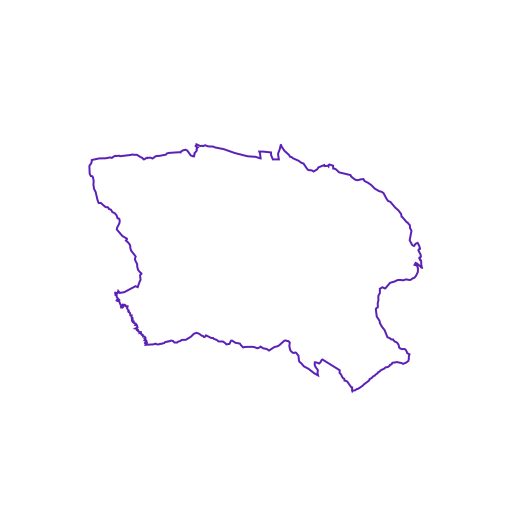 Guasca, Cundinamarca, Colombia (Natural Earth projection), rotated 323°
{"feature_id": "7082276B88398605204412", "entity_name": "Guasca", "entity_type": "district", "adm_level": 2, "iso_a3": "COL", "parent_name": "Colombia", "parent_adm1": "Cundinamarca", "projection": "natural_earth1", "projection_center": [-73.867, 4.802], "detail": "fine", "context": "isolated", "style": "outline", "palette": "violet", "viewbox_px": 512, "rotation_deg": 323, "n_neighbors": 0, "source": "geoboundaries", "source_scale": "gbopen_adm2", "svg_char_len": 6147}
<svg xmlns="http://www.w3.org/2000/svg" viewBox="0 0 512 512"><g transform="rotate(323 256 256)"><path d="M365.2,224.4L359.1,222.8L357.1,223.6L352.9,223.2L352.0,221.1L349.8,219.1L349.3,218.2L349.3,215.9L349.6,210.7L348.4,209.1L347.3,205.5L344.4,200.3L343.9,198.4L342.9,197.1L343.2,195.4L342.0,189.0L342.3,184.0L342.8,182.4L342.5,182.3L339.1,185.1L335.4,187.4L334.5,188.6L332.4,192.6L327.6,189.0L328.7,184.7L330.3,182.3L324.6,177.0L321.5,174.6L320.8,176.8L318.4,180.8L318.2,180.6L315.3,176.5L309.3,171.3L301.1,161.1L294.5,151.2L288.6,144.6L287.7,142.9L283.6,139.5L282.1,137.0L279.7,136.3L279.5,135.7L277.7,134.7L275.8,131.2L275.5,131.7L274.4,131.5L273.9,132.1L274.4,132.8L274.2,133.5L274.7,134.3L273.7,134.4L272.8,134.9L272.6,135.7L271.8,136.3L268.7,136.9L267.9,138.1L267.0,138.2L266.5,139.1L265.6,138.4L264.4,136.3L264.6,130.7L263.8,128.8L261.3,127.7L259.2,127.5L258.1,127.9L257.7,127.3L248.4,121.2L246.5,120.5L245.0,120.8L239.3,118.0L236.2,116.0L232.1,115.9L230.7,113.7L229.0,112.8L228.4,112.1L227.9,112.3L227.1,111.7L225.1,111.6L224.4,111.2L224.3,109.4L223.0,106.7L221.8,103.5L219.3,101.6L218.5,100.6L216.9,100.0L207.5,94.5L207.0,93.5L204.4,92.0L204.3,91.6L202.7,91.0L199.9,90.9L198.7,89.4L194.6,87.4L189.5,83.7L182.6,80.5L181.5,81.8L180.0,82.9L177.7,83.5L176.9,84.1L172.7,90.2L172.2,92.8L173.3,93.9L173.0,95.4L171.3,98.7L169.2,101.0L167.1,104.8L166.4,108.5L163.2,115.7L162.3,118.5L162.4,119.2L164.0,120.2L165.2,126.1L165.8,127.0L166.9,127.7L167.1,129.2L166.8,129.9L168.0,131.7L167.7,134.5L168.9,136.7L169.1,138.7L169.0,140.1L168.1,142.6L168.9,143.3L169.1,144.3L168.1,146.2L166.5,147.7L161.9,149.9L160.8,151.0L161.3,159.6L163.3,164.4L162.9,165.0L161.4,165.4L162.0,168.1L162.0,171.0L161.5,172.5L160.5,173.8L159.5,176.5L159.6,184.0L157.6,185.4L156.9,186.9L156.2,190.9L154.7,193.1L153.5,196.0L153.5,198.5L154.0,201.0L153.5,201.4L152.5,201.3L151.8,201.7L149.4,205.6L147.5,206.5L142.8,209.7L141.6,207.6L129.0,205.6L125.0,203.5L124.9,201.1L124.4,201.5L123.7,201.0L124.1,201.8L123.0,202.4L121.6,200.6L121.1,200.9L120.9,201.7L121.4,202.6L120.4,202.8L120.8,204.0L120.0,205.1L120.2,207.5L119.8,207.1L118.3,207.5L118.8,208.2L119.6,208.1L119.6,209.1L118.8,209.0L119.4,209.8L118.5,213.3L119.0,214.6L117.6,215.1L117.4,215.8L118.5,215.8L118.3,216.7L119.0,216.7L119.8,214.8L120.4,214.7L120.7,216.1L121.5,215.7L121.8,216.0L122.1,216.9L121.8,217.9L123.2,218.9L123.0,219.2L122.3,219.3L121.5,220.4L121.4,223.2L120.7,223.3L120.5,224.2L121.0,224.9L121.0,226.0L120.0,227.6L120.7,228.4L120.2,228.5L120.3,229.5L119.6,230.3L120.1,231.1L118.9,233.1L118.5,233.2L118.4,232.5L118.1,232.9L117.9,234.5L118.8,234.9L118.1,235.7L118.6,236.9L119.2,237.3L119.2,238.3L118.2,238.6L119.2,239.6L118.4,241.7L116.3,241.4L117.2,242.3L116.3,243.1L116.4,244.0L117.2,244.2L116.7,245.6L117.4,246.6L116.7,247.3L118.1,247.7L117.3,248.7L117.7,249.7L116.9,251.0L117.4,250.5L118.0,250.9L117.3,252.4L118.4,253.2L118.6,254.7L117.9,255.4L117.3,255.2L117.4,256.5L116.8,256.1L116.5,256.2L117.0,256.6L116.5,257.4L117.0,258.1L116.9,259.4L116.6,259.6L116.2,259.0L114.9,258.7L114.8,259.0L115.6,260.3L114.6,260.6L120.8,264.8L123.1,265.6L123.3,266.4L124.1,267.3L125.2,268.1L126.6,268.4L127.5,269.3L128.7,269.5L130.2,270.3L131.9,270.1L133.8,271.2L134.6,271.2L135.1,271.9L137.2,272.4L138.5,273.8L138.8,276.0L140.8,277.6L142.1,277.5L144.3,278.3L146.3,278.4L149.5,280.7L155.6,281.3L159.5,280.7L162.3,281.6L163.7,283.7L164.7,286.9L165.6,288.3L165.7,289.5L166.6,289.8L168.3,289.3L170.9,294.5L172.4,295.7L172.4,296.8L174.1,299.3L174.7,301.7L178.2,304.5L179.0,307.1L179.2,308.8L181.9,310.2L185.1,308.6L186.0,309.2L187.3,312.9L190.4,316.2L190.3,318.1L190.7,321.3L192.5,322.0L198.0,326.0L199.8,327.7L201.6,330.6L204.1,331.2L205.1,331.1L206.2,334.1L208.5,336.6L209.5,339.3L216.2,339.8L218.1,340.8L220.5,341.3L227.7,340.7L229.0,341.4L229.6,342.6L230.6,343.3L230.9,345.4L228.5,347.9L227.0,351.0L226.6,352.8L227.1,355.4L228.2,356.4L229.2,356.6L229.8,357.4L229.9,361.2L227.6,365.0L227.0,366.5L227.6,369.1L227.8,372.9L230.0,377.6L232.0,385.0L233.7,388.7L234.8,386.3L236.5,384.7L236.8,383.6L236.7,381.7L237.0,379.2L237.6,377.9L239.0,376.3L240.1,377.3L241.8,379.9L243.3,379.7L246.1,378.5L246.8,378.7L254.1,397.6L252.4,399.7L252.6,402.4L252.1,403.8L252.0,405.9L252.6,407.3L251.7,408.8L252.8,410.0L253.3,411.4L253.1,418.1L253.7,418.9L252.0,420.8L251.6,422.0L252.4,421.8L254.3,422.9L256.4,422.9L257.6,423.5L262.8,423.8L264.8,423.5L270.5,423.5L271.6,423.4L272.8,422.6L274.3,423.0L277.4,422.7L278.9,423.0L280.0,422.7L282.5,422.8L283.7,422.3L285.2,422.7L286.6,422.3L290.6,423.1L292.4,422.9L294.4,424.0L296.6,424.1L297.5,423.6L299.0,424.1L300.3,423.5L301.3,423.6L302.7,424.6L304.6,425.4L307.8,429.1L308.6,430.7L311.8,431.5L314.4,431.5L315.5,430.8L318.0,427.8L319.4,426.9L318.3,424.6L318.8,423.3L319.1,420.6L318.6,419.7L316.3,418.0L315.4,416.2L315.3,415.1L316.4,412.8L316.6,410.6L316.1,409.0L315.4,408.0L315.1,406.3L315.3,405.2L313.8,404.0L313.3,402.0L312.1,400.0L314.1,392.6L314.0,388.1L314.6,384.0L315.3,383.0L315.7,381.6L316.0,377.0L319.7,370.6L320.7,370.1L322.1,370.3L322.9,369.7L324.5,367.3L327.5,364.6L329.0,362.3L330.3,361.1L332.6,360.2L335.2,356.7L338.2,357.1L339.4,359.5L339.8,359.7L346.9,358.1L351.1,359.7L354.5,360.4L356.7,361.8L358.9,364.0L361.8,365.0L363.9,367.3L365.1,368.1L367.8,368.2L369.6,368.7L371.9,368.1L375.6,366.2L377.8,363.5L378.7,361.2L378.4,360.0L377.3,358.5L379.3,357.6L380.1,359.0L381.0,363.2L381.1,364.8L381.5,365.2L382.4,363.0L385.0,359.1L385.1,357.7L384.7,357.7L385.1,355.9L385.7,355.6L386.8,356.0L387.5,355.4L388.3,353.9L389.1,349.2L389.8,348.8L390.7,348.7L391.1,349.0L391.5,348.7L392.4,346.2L393.0,342.8L390.8,342.3L388.3,343.1L387.7,342.2L387.4,340.7L388.2,335.9L395.2,329.6L395.6,328.4L395.7,326.6L397.4,323.9L397.1,321.3L397.3,320.6L396.7,319.7L396.3,313.1L395.9,312.2L397.2,309.8L397.2,305.4L396.3,300.9L395.9,293.7L394.6,291.5L394.7,288.7L395.7,282.3L394.8,280.1L393.3,278.3L391.4,273.6L390.7,268.6L389.6,265.1L387.8,261.5L388.1,259.2L385.3,257.6L383.2,256.9L381.6,255.4L380.9,254.0L379.8,249.7L380.2,248.3L372.7,239.2L372.1,235.3L371.6,234.0L370.3,232.6L371.9,230.3L369.7,227.1L369.1,227.0L367.8,228.1L367.7,227.2L364.8,225.4L365.2,224.4Z" fill="none" stroke="#5b21b6" stroke-width="2"/></g></svg>